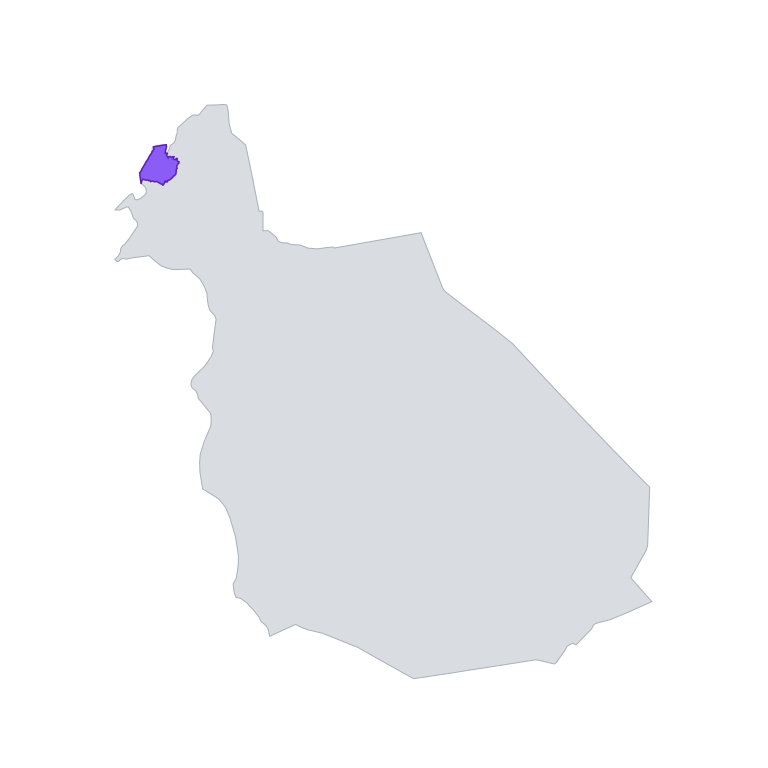 location of Torodi, Tillabéri, Niger, rotated 81°
{"feature_id": "23599985B58853598919637", "entity_name": "Torodi", "entity_type": "district", "adm_level": 2, "iso_a3": "NER", "parent_name": "Niger", "parent_adm1": "Tillabéri", "projection": "orthographic", "projection_center": [1.533, 13.115], "detail": "fine", "context": "in_parent", "style": "filled", "palette": "violet", "viewbox_px": 768, "rotation_deg": 81, "n_neighbors": 0, "source": "geoboundaries", "source_scale": "gbopen_adm2", "svg_char_len": 4116}
<svg xmlns="http://www.w3.org/2000/svg" viewBox="0 0 768 768"><g transform="rotate(81 384 384)"><path d="M615.3,536.4L608.2,536.8L604.3,538.3L599.3,542.5L593.7,544.4L586.9,548.2L582.7,551.3L578.6,553.7L573.2,559.3L571.5,563.6L565.9,564.6L557.9,564.3L552.7,560.3L540.8,556.5L533.1,555.0L529.6,554.6L511.7,554.6L492.6,557.0L482.9,559.3L481.2,559.8L475.7,562.7L471.2,565.7L459.2,579.5L442.7,579.6L432.9,578.4L424.6,576.5L412.7,570.6L398.1,561.5L392.5,560.3L387.5,559.7L385.8,559.9L368.9,569.8L365.5,569.7L361.5,570.8L358.9,573.2L356.9,574.5L354.9,574.7L352.1,574.2L349.4,572.9L346.7,570.3L339.4,559.8L337.9,558.0L334.8,554.9L329.6,550.2L326.1,548.0L324.0,547.4L321.5,547.8L307.6,543.9L293.7,539.7L290.7,540.3L288.6,541.3L283.8,544.6L278.2,545.3L271.0,545.1L267.1,544.7L260.8,545.9L256.6,547.3L251.1,549.6L244.0,555.7L242.0,556.5L240.2,557.5L238.0,574.1L236.1,579.1L232.5,585.7L225.4,592.1L220.5,595.9L220.4,601.0L220.1,609.4L220.1,615.2L220.4,619.0L219.6,620.8L219.3,622.4L219.6,624.9L220.8,626.0L221.5,627.5L221.0,628.8L218.7,630.3L216.1,626.5L212.8,623.9L209.1,622.8L206.7,620.9L205.4,618.2L200.6,613.0L189.6,602.8L188.5,602.6L186.7,602.2L183.6,603.4L181.7,605.1L180.4,605.8L178.4,605.9L173.2,607.2L169.0,608.9L168.9,610.3L170.9,618.1L170.0,622.3L168.2,620.3L162.1,612.4L158.0,606.6L157.2,605.3L156.6,603.3L157.0,602.5L158.7,601.8L162.5,601.1L163.2,600.5L163.4,598.9L162.8,595.9L160.7,591.8L158.5,589.2L157.2,588.7L155.0,588.6L152.5,588.9L147.9,592.2L145.8,592.8L141.0,592.6L136.8,591.9L134.2,590.2L126.5,583.7L118.0,576.8L114.4,575.9L113.6,575.1L113.0,569.9L113.2,563.5L113.7,561.8L117.2,562.8L121.0,563.3L122.2,562.2L119.2,559.9L114.8,557.6L113.2,554.1L112.0,552.9L110.1,551.7L107.8,551.0L105.6,550.1L104.0,549.1L101.5,548.6L98.9,547.8L95.1,542.2L91.4,536.7L89.2,532.4L88.4,529.9L89.5,525.5L88.4,523.7L84.3,519.2L80.9,515.1L81.8,508.7L82.5,503.3L82.6,499.9L83.1,498.0L83.6,495.9L85.9,495.2L91.7,495.3L103.1,496.3L112.2,495.2L112.7,495.0L119.1,489.3L126.2,483.3L136.9,482.7L148.5,482.1L157.6,481.7L170.8,481.2L181.5,480.8L193.8,480.3L194.2,477.5L194.9,476.8L196.1,476.7L205.2,478.2L213.8,479.5L214.4,474.3L221.8,467.7L226.1,466.3L227.1,465.2L228.4,463.0L229.2,459.6L229.6,457.1L231.1,455.1L232.2,451.4L233.7,444.9L237.8,438.1L240.1,428.8L240.3,419.9L240.7,413.2L241.9,411.8L241.7,399.8L241.5,387.7L241.3,377.5L241.1,364.8L240.9,353.7L240.7,341.6L240.5,330.8L240.3,323.7L248.8,321.9L257.5,320.0L270.3,317.2L284.1,314.2L299.1,310.9L302.5,309.0L313.6,298.5L318.6,293.7L328.5,284.2L336.2,276.9L345.8,267.6L356.0,258.2L364.1,250.8L376.9,242.2L396.2,229.2L415.3,216.2L434.3,203.2L453.2,190.2L472.0,177.1L490.7,164.0L509.2,150.9L527.6,137.7L547.3,141.6L566.0,145.2L584.8,148.9L589.4,151.1L599.9,159.4L613.4,170.1L614.0,170.2L614.5,170.3L626.0,163.0L640.8,153.5L647.1,176.7L652.0,196.7L653.3,209.5L653.8,212.9L655.2,215.1L658.3,217.2L671.7,235.1L669.4,238.5L671.7,244.2L674.9,246.5L685.7,257.0L687.1,259.1L686.7,260.9L681.0,274.4L680.1,277.7L680.1,294.4L680.1,306.3L680.1,322.6L680.0,342.0L680.0,358.5L679.9,380.3L679.7,400.9L670.4,412.7L653.9,433.7L640.3,450.7L633.6,462.0L620.4,484.1L614.7,498.2L610.1,505.6L607.7,508.8L610.4,518.9L615.3,536.4Z" fill="#d9dde1" stroke="#a8b0b8" stroke-width="1"/><path d="M125.3,562.5L124.2,563.0L123.6,562.9L122.9,561.9L122.3,561.9L121.7,564.1L119.1,563.2L115.6,561.6L113.6,561.7L113.6,574.5L116.2,574.4L118.6,577.0L119.2,577.0L121.5,579.1L121.6,579.6L124.8,581.7L127.0,583.9L130.8,586.8L134.2,589.8L134.9,589.9L135.8,590.6L137.1,592.3L145.1,592.5L148.4,592.7L145.0,591.2L144.1,589.9L145.5,587.0L145.7,585.0L146.4,584.5L146.4,583.3L147.6,583.0L147.3,581.3L147.7,580.0L148.4,579.2L148.4,576.7L151.2,573.5L151.9,571.9L152.9,571.5L152.9,570.9L151.6,569.7L149.4,568.3L150.4,567.7L149.8,566.7L150.3,566.2L149.2,565.7L148.8,563.4L146.8,560.2L145.9,559.9L145.5,558.3L144.0,556.7L141.8,556.0L139.9,555.8L138.7,554.6L136.5,554.7L134.4,553.1L133.8,552.0L132.5,551.6L132.2,552.2L131.4,553.4L129.0,552.9L128.7,553.9L129.6,554.8L129.6,556.0L128.9,556.9L126.6,555.9L126.4,557.0L127.2,558.3L125.9,559.2L125.8,561.3L126.9,561.9L125.3,562.5Z" fill="#8b5cf6" stroke="#5b21b6" stroke-width="1.5"/></g></svg>